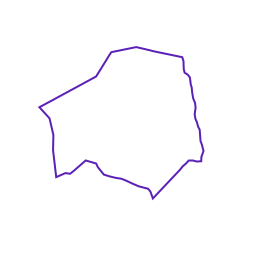 Cacimba de Areia, Paraíba, Brazil (Robinson projection), rotated 51°
{"feature_id": "56859067B18621078611334", "entity_name": "Cacimba de Areia", "entity_type": "district", "adm_level": 2, "iso_a3": "BRA", "parent_name": "Brazil", "parent_adm1": "Paraíba", "projection": "robinson", "projection_center": [-37.154, -7.144], "detail": "fine", "context": "isolated", "style": "outline", "palette": "violet", "viewbox_px": 256, "rotation_deg": 51, "n_neighbors": 0, "source": "geoboundaries", "source_scale": "gbopen_adm2", "svg_char_len": 864}
<svg xmlns="http://www.w3.org/2000/svg" viewBox="0 0 256 256"><g transform="rotate(51 128 128)"><path d="M193.4,83.8L187.3,81.0L183.7,79.8L174.5,73.4L171.2,72.7L166.6,70.7L163.2,69.8L159.1,67.4L154.9,62.8L150.7,60.1L146.2,58.8L143.3,57.2L139.7,55.1L136.8,53.1L133.6,51.8L130.5,49.8L127.5,48.1L124.2,48.0L120.7,49.2L117.5,47.7L114.6,45.6L111.0,42.8L107.1,41.3L85.1,59.3L77.6,65.0L70.3,70.7L58.6,93.2L59.5,96.3L64.4,110.2L67.9,120.4L57.2,178.0L56.1,183.8L71.1,182.9L86.5,190.4L98.2,200.3L121.0,214.7L123.7,204.9L127.1,201.9L127.2,196.9L127.0,192.0L126.6,181.3L135.5,175.1L139.5,176.1L149.0,176.1L154.1,172.7L159.3,168.7L163.1,165.2L166.9,163.0L173.7,159.7L180.0,156.4L187.9,150.6L191.5,150.6L198.4,153.0L193.2,114.1L192.2,109.4L192.1,105.3L191.5,101.3L194.0,98.1L197.3,95.7L199.9,92.0L196.6,89.1L193.4,83.8Z" fill="none" stroke="#5b21b6" stroke-width="2"/></g></svg>